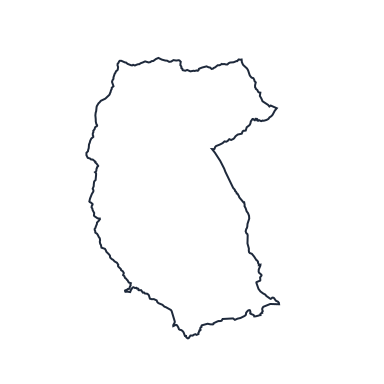 Sarulesti, Buzau, Romania, rotated 197°
{"feature_id": "2599482B39885931809271", "entity_name": "Sarulesti", "entity_type": "district", "adm_level": 2, "iso_a3": "ROU", "parent_name": "Romania", "parent_adm1": "Buzau", "projection": "mercator", "projection_center": [26.772, 45.488], "detail": "fine", "context": "isolated", "style": "outline", "palette": "slate", "viewbox_px": 384, "rotation_deg": 197, "n_neighbors": 0, "source": "geoboundaries", "source_scale": "gbopen_adm2", "svg_char_len": 5990}
<svg xmlns="http://www.w3.org/2000/svg" viewBox="0 0 384 384"><g transform="rotate(197 192 192)"><path d="M300.7,273.9L298.0,270.2L299.2,268.2L298.9,267.0L299.2,265.5L299.1,263.4L299.3,262.6L299.3,261.4L299.5,260.6L302.2,255.9L305.8,252.6L306.7,250.5L307.3,249.6L308.1,246.4L308.1,245.5L307.3,241.3L307.3,239.6L306.8,237.0L305.4,233.6L304.6,231.2L303.4,229.1L302.3,228.2L302.1,227.6L302.3,227.0L303.3,226.1L303.5,225.6L303.6,224.6L303.5,223.7L304.3,221.6L303.8,220.6L304.0,219.1L303.8,218.3L303.4,217.2L302.9,216.8L302.5,215.8L303.9,213.7L304.3,211.3L304.2,209.2L304.4,207.4L303.6,203.8L303.6,201.8L303.4,200.6L304.4,198.6L303.7,196.3L301.7,194.2L299.3,194.2L298.1,193.6L296.4,194.0L293.2,192.7L293.2,192.0L291.6,191.3L289.3,189.5L289.3,189.3L290.1,187.8L289.9,187.1L290.1,186.3L289.7,184.3L289.9,183.3L290.5,182.6L289.3,181.9L289.1,181.6L288.7,180.2L287.7,175.3L288.5,173.8L288.6,173.0L288.0,169.9L287.7,168.9L287.9,166.0L286.8,164.9L286.5,163.6L287.2,160.8L287.6,155.9L287.4,152.9L286.8,152.5L285.5,152.3L284.0,151.5L283.8,151.6L283.5,151.3L283.4,150.8L283.8,149.2L283.5,147.8L282.5,147.1L281.8,145.7L279.4,143.3L278.9,140.9L278.4,140.4L274.5,139.2L272.5,139.6L272.5,138.9L272.2,138.8L272.6,137.5L273.9,135.0L273.6,133.5L273.9,130.6L273.8,129.6L274.3,128.1L273.8,127.0L273.1,126.3L272.6,124.9L270.6,124.3L269.1,123.0L268.2,121.9L266.7,120.8L265.8,119.0L265.7,117.8L265.3,116.8L264.6,115.6L263.6,114.7L262.3,112.3L258.7,112.2L257.5,111.2L256.4,109.8L252.8,107.9L251.7,106.9L251.4,105.9L250.8,105.2L248.8,104.3L247.6,104.1L245.8,103.0L243.1,102.4L241.2,100.8L241.2,99.8L240.8,99.2L237.5,97.5L236.9,96.5L235.1,96.0L233.8,94.9L233.5,94.5L233.6,92.4L232.0,91.7L231.0,90.3L229.7,89.9L228.6,89.0L227.9,88.8L226.1,87.0L223.8,86.9L223.9,85.8L223.4,85.0L223.7,83.0L223.6,81.4L223.9,80.9L224.7,80.7L225.1,80.3L225.1,80.0L227.2,78.3L227.2,77.9L226.5,77.1L224.3,77.9L221.9,78.2L221.8,78.7L221.8,80.0L221.0,83.0L220.7,83.4L220.1,83.8L218.4,83.5L217.3,84.1L216.6,83.6L216.2,83.9L215.1,83.8L214.7,82.7L214.2,82.5L211.9,83.2L209.6,81.4L208.6,81.9L207.6,81.2L204.8,81.6L203.1,80.7L201.1,77.7L199.2,77.7L197.2,78.4L194.1,78.0L193.0,76.6L191.6,75.9L187.3,75.5L184.9,74.3L183.2,74.2L177.7,73.0L176.6,72.1L170.6,63.1L170.4,62.2L171.0,59.3L170.9,58.8L170.7,58.3L168.6,60.2L167.9,60.3L167.3,60.1L165.5,58.5L164.4,57.0L163.5,56.7L161.7,56.8L160.1,56.1L159.0,55.3L156.7,52.3L155.6,52.6L155.1,51.5L154.4,51.1L153.1,50.8L152.4,51.4L151.5,54.3L149.3,54.9L148.8,55.8L147.2,57.0L145.9,56.7L144.3,58.0L144.7,59.1L144.5,59.4L144.5,60.9L144.0,61.7L144.3,62.0L143.6,62.7L144.0,63.0L144.3,64.4L144.1,65.1L143.5,65.6L143.8,67.1L143.6,67.4L138.5,70.6L135.8,70.8L133.3,71.5L132.9,72.0L133.0,72.8L129.8,75.7L128.8,76.4L127.3,76.8L126.1,77.5L125.6,79.5L115.8,83.1L113.6,82.3L111.4,84.2L108.8,85.7L105.4,88.9L104.6,90.3L104.9,92.5L103.9,94.8L103.2,95.5L102.3,95.9L101.9,95.7L100.9,94.1L101.0,93.5L100.9,93.0L100.5,92.7L97.4,92.4L96.7,92.1L96.1,91.2L94.8,91.7L92.0,93.4L91.5,93.9L90.5,94.3L90.9,95.3L90.8,95.8L89.5,96.9L89.9,97.5L89.5,98.8L90.2,99.6L90.7,100.7L90.6,102.0L90.2,103.1L84.4,107.8L75.9,110.1L76.5,111.4L77.7,112.2L80.1,112.6L82.5,114.5L83.2,114.7L84.3,114.5L85.2,113.1L85.5,112.8L86.2,112.9L90.5,114.3L91.9,115.3L94.4,115.8L97.5,116.9L100.1,118.8L103.9,124.0L104.0,124.5L103.7,124.9L100.9,127.2L100.9,127.7L101.9,130.3L101.1,132.4L101.5,133.2L104.3,134.4L105.0,135.3L105.5,137.4L105.1,141.5L105.3,142.5L106.7,141.6L106.9,142.4L108.1,143.5L108.6,144.7L109.8,145.6L110.4,145.6L113.7,148.4L116.7,150.4L118.8,150.5L119.8,151.1L120.5,152.4L121.1,154.6L123.9,159.0L126.1,166.9L126.8,168.0L127.9,168.4L129.2,170.1L129.3,172.4L129.0,173.5L129.0,175.0L129.6,177.7L129.5,183.3L130.5,185.9L132.2,188.1L134.1,189.5L135.9,192.1L137.7,193.9L137.8,194.9L139.1,197.4L139.7,197.1L145.2,200.7L145.8,201.6L147.9,203.6L148.8,203.6L149.1,204.3L150.0,205.1L150.9,205.4L151.2,206.1L151.6,206.3L151.9,206.8L153.8,207.9L166.0,221.1L168.0,223.7L174.1,230.0L181.6,236.3L185.4,238.9L183.4,239.4L183.1,239.8L183.0,241.8L182.4,243.0L179.5,245.3L177.7,247.0L177.0,247.7L175.7,249.9L174.0,250.1L172.9,251.1L171.8,253.4L169.8,253.2L168.0,254.8L167.4,255.7L166.7,258.0L165.1,260.3L161.5,262.3L161.3,264.8L160.9,265.3L160.4,265.8L159.7,265.9L158.6,266.5L158.6,269.9L157.0,272.1L156.4,273.2L156.2,274.7L156.4,276.7L155.5,279.5L155.0,279.7L153.1,278.9L152.8,279.0L152.6,280.6L151.2,280.9L150.9,280.7L150.8,279.7L150.6,279.5L149.6,279.4L148.9,280.3L146.6,280.0L146.0,280.3L145.6,280.9L144.6,281.0L143.6,281.5L141.8,282.7L140.3,284.2L139.7,286.0L138.3,287.7L137.5,289.4L136.6,294.0L135.4,296.9L142.0,297.7L143.0,296.4L144.6,297.5L151.1,299.4L153.0,301.7L155.2,303.7L155.7,307.0L157.2,306.8L158.1,307.2L159.3,308.6L161.1,309.3L161.3,309.8L162.3,310.6L162.9,312.5L163.1,315.5L164.4,316.1L165.4,317.6L166.6,318.8L168.5,318.8L170.1,319.8L171.0,320.6L173.9,324.7L175.5,326.2L179.9,328.3L180.6,328.8L182.3,330.8L183.3,333.2L184.8,332.5L185.9,332.5L186.2,332.3L187.0,330.4L187.6,330.3L190.2,328.2L193.5,326.9L194.7,325.8L195.2,324.7L195.5,324.3L196.8,323.9L198.7,323.8L199.9,323.2L201.0,323.2L201.9,322.0L202.9,321.2L204.5,320.7L206.4,317.9L207.5,317.0L208.0,316.1L208.9,315.6L209.2,315.4L211.1,316.3L212.7,316.1L214.8,316.4L218.7,314.0L221.1,312.1L221.4,311.7L221.3,310.8L221.7,309.8L222.3,309.5L222.9,309.7L224.9,308.5L226.0,308.4L228.8,306.9L232.3,307.3L233.9,306.0L236.5,305.8L237.0,306.4L237.3,307.1L238.4,307.4L238.9,308.9L240.2,309.9L240.7,312.0L240.8,313.2L242.2,314.0L243.1,314.2L245.5,313.1L248.3,312.7L250.1,310.6L251.9,309.8L254.2,310.3L256.0,309.9L259.7,309.8L263.3,310.4L265.4,308.6L267.3,306.0L268.9,305.3L269.9,304.0L271.4,303.2L274.9,303.2L275.4,302.9L276.8,301.6L278.8,300.1L279.8,298.8L280.8,298.5L282.1,297.6L283.6,296.3L285.5,296.4L286.0,295.7L287.2,295.4L291.1,295.7L292.9,296.5L293.9,296.3L298.0,296.8L299.5,296.3L299.9,295.5L300.1,293.9L300.6,293.0L300.3,291.4L299.2,289.9L298.8,287.3L299.0,286.6L300.0,285.2L300.1,283.5L300.5,282.7L300.6,278.7L300.2,277.2L300.7,275.6L300.7,273.9Z" fill="none" stroke="#1e293b" stroke-width="2"/></g></svg>